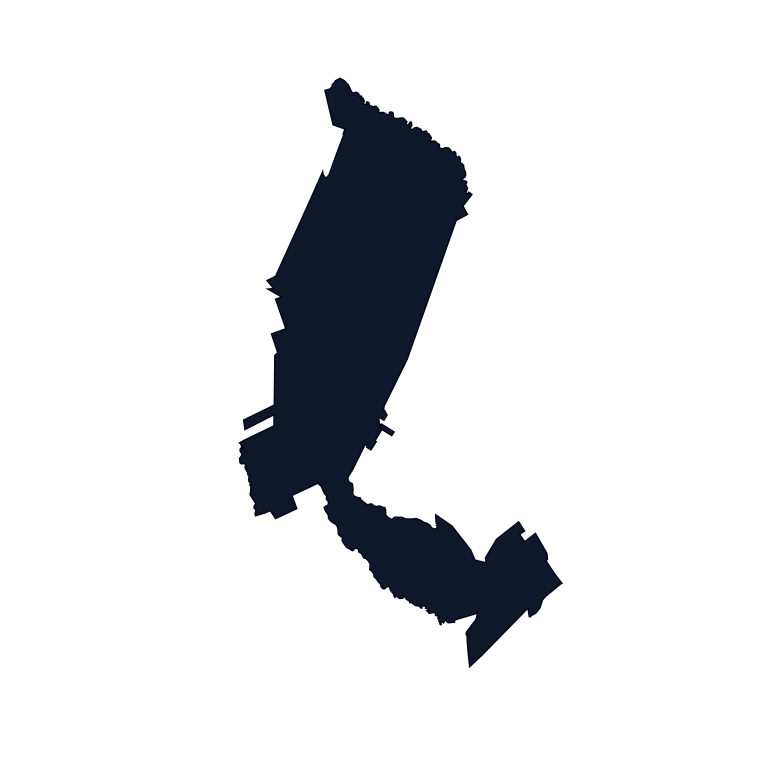 Güémez, Tamaulipas, Mexico, rotated 241°
{"feature_id": "50627088B77034241213697", "entity_name": "Güémez", "entity_type": "district", "adm_level": 2, "iso_a3": "MEX", "parent_name": "Mexico", "parent_adm1": "Tamaulipas", "projection": "orthographic", "projection_center": [-99.141, 23.887], "detail": "fine", "context": "isolated", "style": "filled", "palette": "ink", "viewbox_px": 768, "rotation_deg": 241, "n_neighbors": 0, "source": "geoboundaries", "source_scale": "gbopen_adm2", "svg_char_len": 6169}
<svg xmlns="http://www.w3.org/2000/svg" viewBox="0 0 768 768"><g transform="rotate(241 384 384)"><path d="M110.1,398.3L109.4,399.4L110.0,399.8L110.1,405.9L112.7,411.9L118.4,418.0L119.9,422.1L123.5,441.4L123.4,442.9L134.4,441.3L150.4,439.9L151.0,440.3L151.5,442.0L156.8,444.3L179.9,444.0L177.8,430.6L186.8,429.6L187.3,435.6L198.1,434.9L193.6,407.1L182.6,388.3L178.0,386.7L185.8,378.2L196.7,379.3L226.7,374.6L244.5,365.8L236.9,362.2L236.7,362.2L236.5,363.9L235.4,363.8L234.9,361.6L234.4,362.1L233.5,362.2L233.1,360.8L231.6,359.5L233.6,357.0L235.1,355.9L238.5,355.6L239.8,354.7L241.1,354.3L243.4,351.9L247.6,349.6L249.0,348.2L250.0,347.7L251.4,345.6L251.8,344.1L255.3,337.7L259.2,334.5L260.0,332.4L261.6,330.3L262.3,328.2L261.7,325.6L262.1,324.7L265.8,322.6L268.9,322.0L272.6,324.1L275.5,324.8L276.2,323.5L279.1,321.4L279.6,320.8L280.3,318.2L281.2,317.1L282.4,316.1L285.2,315.0L286.3,311.4L286.8,310.6L293.7,307.7L294.7,307.6L295.8,308.0L297.9,305.4L300.8,303.4L302.8,303.3L304.2,303.8L306.0,305.4L311.6,307.8L312.5,307.8L314.4,306.3L315.6,305.9L318.2,306.2L320.2,307.5L324.1,314.7L340.3,338.2L337.7,339.5L337.0,338.3L332.7,340.7L337.4,349.2L338.7,348.4L345.3,360.1L335.2,365.8L337.2,369.5L350.2,362.3L349.1,360.3L350.0,360.8L351.8,360.7L357.8,363.4L352.4,366.3L355.3,371.6L361.2,371.5L362.4,370.8L363.1,372.3L364.5,373.1L394.2,416.0L492.1,526.4L491.9,539.2L501.4,539.3L507.2,552.7L510.6,551.2L509.7,549.1L511.2,548.0L514.4,551.5L514.5,551.9L518.6,552.0L520.3,554.2L521.2,554.2L524.5,551.1L525.3,551.8L525.9,555.3L527.3,556.8L529.6,557.8L534.0,558.4L536.8,559.7L540.6,558.3L541.3,558.3L543.2,559.7L545.5,560.2L546.8,559.8L546.4,558.2L547.6,557.7L549.2,557.7L551.4,558.8L553.1,558.4L553.5,556.3L554.0,555.7L558.1,555.4L559.5,554.4L560.7,552.7L561.2,551.4L560.9,550.0L562.7,547.5L565.0,547.2L565.8,548.2L566.8,548.6L567.8,547.6L571.1,546.6L572.1,545.8L573.7,542.1L574.0,542.0L576.4,544.8L581.1,544.5L581.9,542.9L583.8,543.8L584.7,543.6L585.8,540.4L586.7,539.3L588.8,539.7L592.5,537.1L593.2,534.4L592.6,531.1L595.4,531.0L596.2,533.0L597.0,534.0L597.9,533.9L599.5,534.9L599.9,534.8L600.3,534.3L600.4,533.6L599.2,531.8L599.0,530.2L599.3,529.3L600.8,529.0L601.6,530.5L602.5,531.1L604.1,530.4L604.9,530.5L606.8,530.1L608.4,528.0L609.2,525.4L610.2,523.5L611.6,521.9L613.4,521.7L616.4,523.3L617.3,523.1L618.6,521.9L618.9,521.2L618.8,520.5L617.3,519.0L617.8,517.4L621.4,515.5L622.6,513.7L623.8,511.0L624.9,511.2L626.0,512.3L626.7,512.5L630.7,511.7L631.5,510.5L631.4,509.7L631.7,508.8L632.5,508.4L634.3,506.4L635.9,505.7L636.1,505.9L635.6,506.7L637.7,507.0L637.8,506.3L638.9,506.0L639.0,505.6L638.6,505.2L636.8,504.6L637.4,504.0L638.4,502.0L639.7,500.8L639.8,502.2L640.7,503.8L644.0,504.2L644.6,503.5L643.9,502.6L644.3,502.1L645.3,503.4L646.6,503.9L647.0,503.6L647.4,502.0L648.2,501.4L648.6,501.4L648.8,502.3L650.0,502.6L651.7,501.9L652.5,501.2L652.8,500.8L653.5,497.5L657.4,497.3L660.8,497.7L661.5,497.3L662.4,497.7L663.6,497.8L664.3,497.2L666.8,496.9L669.3,495.9L672.7,493.6L672.7,488.5L671.1,485.2L671.2,484.4L670.6,483.7L669.4,483.0L668.2,479.9L669.4,474.7L635.4,465.2L626.0,473.5L622.2,469.3L621.4,469.7L612.0,458.4L592.8,436.4L593.0,435.8L592.4,435.2L592.9,432.9L593.2,432.5L597.1,432.3L599.3,433.2L577.2,404.0L534.6,346.6L531.3,342.2L530.7,341.9L531.2,331.9L520.9,333.8L523.3,328.5L509.6,336.7L510.7,330.3L479.9,325.0L482.3,309.9L462.9,306.3L461.9,302.4L418.7,277.8L420.5,243.8L411.6,240.3L410.5,273.0L400.7,267.5L402.5,235.2L402.5,229.1L400.7,229.7L398.1,229.1L397.9,229.2L397.5,231.1L396.5,231.1L396.2,229.8L397.3,228.0L397.1,227.2L396.7,226.6L394.8,225.6L392.8,225.8L391.1,225.5L389.9,224.0L388.9,221.6L384.9,219.9L383.3,220.5L382.4,222.9L380.9,223.9L379.7,223.8L378.9,222.3L377.5,221.8L372.3,221.8L371.2,221.2L370.2,221.1L368.9,222.6L368.2,220.7L367.3,220.2L366.2,220.1L366.2,219.5L364.9,218.9L363.2,218.7L361.5,219.3L361.5,219.9L360.8,219.6L360.8,217.7L358.9,217.8L355.9,216.4L356.0,216.1L354.2,215.3L354.2,214.8L353.1,213.9L351.8,213.3L346.7,213.5L346.7,213.8L342.9,213.7L341.8,214.1L341.3,213.8L340.2,211.4L339.0,210.4L335.5,210.8L334.9,210.6L335.0,210.3L333.8,209.1L333.5,209.2L332.8,208.7L332.9,208.4L331.8,208.5L331.5,208.3L331.7,207.9L331.1,207.8L328.9,217.6L328.4,223.2L318.9,223.9L317.3,247.3L331.2,249.4L329.2,278.8L327.9,278.5L325.9,279.3L324.7,279.5L316.9,278.8L313.5,279.7L312.5,278.5L311.0,277.8L308.0,278.3L306.8,277.8L305.4,276.3L305.1,275.5L305.4,273.7L305.0,271.8L301.9,271.3L296.9,271.8L295.6,271.5L293.6,270.5L291.7,270.5L288.0,271.8L284.5,273.9L283.5,274.2L280.3,273.8L274.6,271.3L273.2,271.5L270.9,272.9L269.7,273.0L267.2,271.5L265.7,271.5L260.2,271.9L258.6,272.4L257.1,273.7L254.2,275.1L253.5,275.7L253.4,276.5L253.7,277.2L254.4,277.5L254.3,278.9L253.9,279.9L252.1,281.5L251.2,281.5L249.5,280.5L246.6,282.1L241.9,282.0L239.9,283.7L238.1,284.4L233.5,284.8L228.5,281.6L226.3,282.6L224.3,282.9L222.3,282.9L221.1,282.2L219.9,282.0L216.9,283.0L215.9,282.9L212.9,283.3L211.8,283.8L210.9,283.9L207.9,283.2L205.9,283.7L205.2,284.2L204.7,285.2L204.6,285.9L205.2,286.6L205.3,288.5L205.1,289.4L204.3,290.1L203.3,290.3L200.3,289.7L196.2,290.5L192.2,290.0L192.4,291.7L192.2,292.3L191.4,293.2L190.5,292.9L189.3,293.3L188.6,294.2L187.6,296.4L187.9,298.8L187.7,299.4L186.8,299.8L185.4,299.1L181.3,301.2L180.3,300.6L179.5,302.5L178.6,302.4L175.7,304.0L175.0,304.1L173.3,306.5L172.4,307.4L170.4,307.6L169.8,308.1L169.9,308.6L171.5,309.6L171.4,310.2L170.7,310.9L170.0,312.1L169.1,312.8L168.3,312.5L167.9,311.6L167.6,311.7L166.0,313.3L165.0,313.6L164.5,312.8L164.8,311.5L163.4,312.3L162.1,312.0L161.5,312.4L159.9,317.1L159.3,317.7L158.6,317.8L156.7,317.0L156.2,317.1L155.7,318.0L154.6,319.0L154.2,318.9L152.9,317.5L152.6,317.5L152.0,318.3L151.6,318.3L150.3,317.2L148.8,317.3L146.9,316.6L146.1,316.8L145.9,317.4L147.4,317.7L148.1,318.9L147.9,319.7L147.5,320.0L146.3,320.1L146.7,321.1L148.2,322.9L148.2,323.3L147.8,323.7L147.0,323.4L146.5,323.8L144.7,324.0L143.7,325.1L142.3,328.9L141.6,329.6L141.6,330.3L142.8,331.0L143.5,331.8L143.1,332.7L138.7,352.6L140.4,356.4L133.5,350.5L126.9,335.6L124.7,334.4L123.4,334.6L123.9,335.7L122.0,334.7L122.2,333.9L113.3,329.6L95.3,321.9L99.5,338.6L118.2,401.3L110.1,398.3Z" fill="#0f172a" stroke="#020617" stroke-width="1.5"/></g></svg>